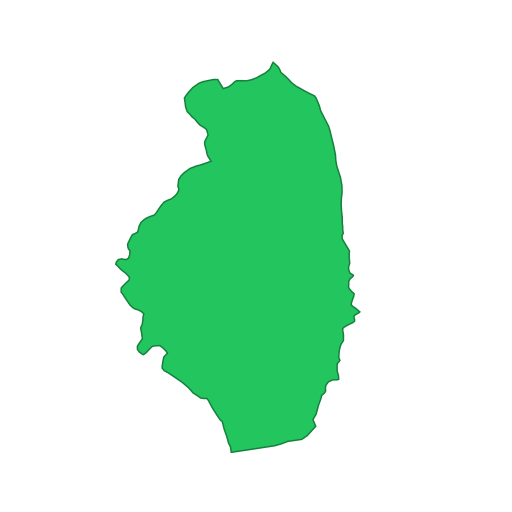 outline of Bois D'Inde, Anse-la-Raye, Saint Lucia, rotated 47°
{"feature_id": "8701671B8158625953395", "entity_name": "Bois D'Inde", "entity_type": "district", "adm_level": 2, "iso_a3": "LCA", "parent_name": "Saint Lucia", "parent_adm1": "Anse-la-Raye", "projection": "orthographic", "projection_center": [-61.009, 13.942], "detail": "fine", "context": "isolated", "style": "filled", "palette": "green", "viewbox_px": 512, "rotation_deg": 47, "n_neighbors": 0, "source": "geoboundaries", "source_scale": "gbopen_adm2", "svg_char_len": 4337}
<svg xmlns="http://www.w3.org/2000/svg" viewBox="0 0 512 512"><g transform="rotate(47 256 256)"><path d="M187.5,376.4L188.7,377.6L190.5,379.3L192.9,379.4L196.8,380.2L204.7,381.4L206.1,381.6L209.7,381.3L211.6,380.9L215.0,379.0L217.5,378.0L219.6,377.6L221.3,377.5L221.8,377.6L223.5,380.2L225.6,382.3L228.3,385.7L230.0,389.5L234.2,392.1L239.0,395.5L240.5,402.2L241.1,404.3L243.4,406.4L246.8,406.8L250.9,406.0L251.2,405.8L251.5,405.0L251.8,402.3L251.5,398.1L251.3,394.5L251.4,393.8L251.7,393.0L252.7,391.3L255.8,387.6L256.6,387.4L258.8,386.9L263.2,386.6L266.6,387.0L266.7,387.7L266.9,390.9L267.1,392.5L269.9,396.4L272.0,399.0L272.6,399.8L273.1,400.2L274.2,401.2L275.0,401.2L277.3,401.3L280.3,400.3L281.0,400.0L283.6,399.4L292.7,397.3L296.4,396.5L297.7,396.2L305.9,395.2L311.0,395.3L313.1,395.4L316.0,394.7L318.2,394.1L318.6,394.0L322.2,393.3L324.3,391.6L325.1,390.9L326.5,389.2L327.4,389.2L329.3,389.3L331.7,390.0L332.8,390.3L338.2,391.7L344.9,392.9L346.4,393.2L349.7,393.7L351.8,394.0L353.7,393.5L355.8,394.5L356.9,395.1L359.0,396.3L360.6,397.2L366.3,399.7L368.1,400.5L368.9,400.9L374.4,403.8L378.2,404.8L382.7,408.0L395.8,388.9L403.3,377.9L407.6,371.6L410.6,365.7L413.3,359.1L418.4,351.8L421.3,347.6L422.3,341.2L421.3,328.5L420.3,328.1L417.9,327.2L416.4,326.6L414.5,326.0L413.5,322.7L412.7,319.9L407.7,312.0L405.4,307.4L403.7,304.3L402.8,303.1L402.8,302.2L402.9,299.3L402.3,297.3L401.7,296.8L399.1,294.5L398.1,292.5L397.7,290.4L397.4,288.7L397.9,287.4L398.9,284.4L401.7,281.3L402.0,280.9L402.6,279.6L399.6,277.2L395.3,275.0L392.2,272.1L391.0,270.9L390.1,270.1L389.9,267.2L389.5,265.8L386.6,264.7L384.7,262.6L383.9,261.7L383.3,261.2L381.0,258.2L380.4,257.3L379.9,256.4L378.6,254.2L378.0,251.8L377.5,249.8L376.9,249.2L376.3,248.6L375.9,248.2L375.4,247.8L374.2,246.6L373.8,246.2L373.4,245.9L372.0,244.9L369.7,243.4L368.2,242.1L368.1,240.8L368.2,240.0L368.5,238.3L369.0,236.3L369.5,234.4L370.3,232.0L370.7,230.7L370.9,228.6L370.5,228.0L370.3,227.7L370.0,227.5L369.2,226.9L368.6,226.7L367.8,226.3L366.6,224.9L366.8,223.1L367.7,219.5L367.7,218.2L364.7,218.5L361.5,218.9L359.9,219.4L357.9,219.7L356.5,219.4L355.7,218.6L354.8,217.2L353.2,214.2L353.0,213.9L352.3,212.3L350.6,210.0L349.7,210.0L349.3,210.0L348.4,210.1L347.3,210.3L344.0,210.1L341.9,209.7L340.7,208.2L340.4,207.9L338.6,206.2L337.7,205.3L337.2,203.7L336.9,202.8L336.9,202.0L337.0,200.8L337.0,199.9L337.0,198.9L336.5,197.9L336.0,197.9L335.5,198.1L334.9,198.3L333.2,198.8L332.7,198.9L331.2,198.4L330.4,198.0L329.8,197.8L327.9,196.6L326.5,194.8L326.1,194.1L325.5,192.7L323.6,191.1L321.4,189.4L319.5,187.9L319.2,187.3L318.1,186.6L316.2,184.3L312.9,183.5L307.9,182.5L302.7,181.3L301.4,180.7L299.8,179.0L298.8,176.6L296.5,175.1L295.4,174.2L293.1,172.1L292.1,171.4L291.3,170.9L286.7,166.7L281.6,162.9L276.1,158.3L271.5,153.6L268.8,150.3L263.2,145.2L255.9,140.5L245.7,135.8L240.7,132.6L236.1,128.8L227.8,123.7L221.8,120.4L214.4,116.2L210.3,114.3L202.0,112.0L193.7,109.6L189.5,107.3L181.7,104.4L178.9,104.0L176.6,104.9L172.9,106.3L167.8,108.1L163.2,109.5L159.5,110.8L153.5,111.8L148.4,111.7L142.0,112.2L139.2,112.6L138.4,112.5L136.4,111.7L132.8,110.8L126.0,111.4L127.0,114.2L128.5,117.5L128.8,119.4L128.5,124.6L127.1,129.5L126.0,134.3L123.9,139.3L122.2,142.2L120.8,144.2L118.8,146.1L114.5,150.7L114.0,153.0L114.1,156.4L113.6,160.7L112.2,163.7L111.2,165.8L101.2,163.7L100.9,163.6L98.0,166.6L92.4,175.8L90.8,179.7L89.7,187.4L90.3,194.3L91.0,198.1L91.7,200.7L94.8,202.8L99.1,205.9L103.7,207.9L106.6,207.7L111.1,207.9L113.2,207.4L119.1,207.7L122.0,207.7L126.6,206.4L129.7,205.9L134.5,208.3L135.2,209.4L136.7,213.8L137.7,216.0L140.2,217.9L144.2,219.9L147.8,222.1L150.3,223.2L154.0,223.8L156.0,224.2L154.4,228.2L151.3,235.0L149.6,238.0L147.0,244.5L146.1,251.4L146.2,256.0L147.3,260.3L150.2,263.8L151.8,265.6L154.8,267.0L155.6,268.5L156.7,272.0L156.8,275.5L156.4,279.2L155.1,282.3L153.9,286.3L154.5,291.5L155.6,296.3L156.4,299.5L156.7,302.4L154.9,306.5L153.6,310.1L153.1,313.3L153.0,317.2L154.6,321.4L157.1,325.0L157.7,326.4L157.1,329.1L156.1,331.8L157.5,336.1L159.2,340.5L159.9,342.0L162.1,343.6L164.0,344.5L166.1,344.5L168.8,347.3L170.6,350.6L170.3,353.0L168.3,355.0L166.6,356.0L164.7,359.2L165.3,362.5L166.4,364.2L169.1,364.0L173.0,364.0L176.5,363.6L179.9,363.0L183.7,363.0L185.5,363.3L187.1,365.3L187.0,369.2L187.3,374.7L187.5,376.4Z" fill="#22c55e" stroke="#15803d" stroke-width="1.5"/></g></svg>